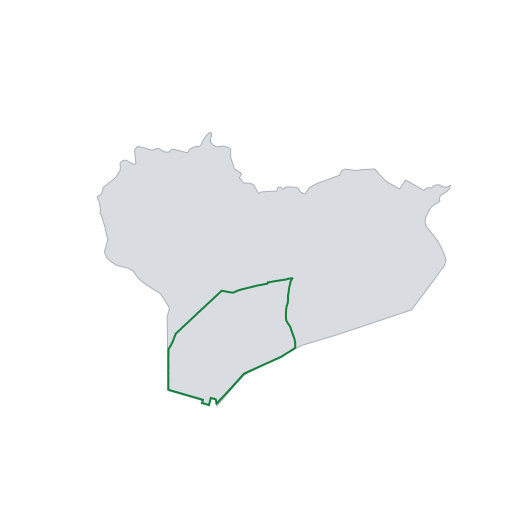 Al-Rutba, Al-Anbar, Iraq (highlighted), rotated 301°
{"feature_id": "34846034B71122492404189", "entity_name": "Al-Rutba", "entity_type": "district", "adm_level": 2, "iso_a3": "IRQ", "parent_name": "Iraq", "parent_adm1": "Al-Anbar", "projection": "natural_earth1", "projection_center": [41.592, 32.564], "detail": "fine", "context": "in_parent", "style": "outline", "palette": "green", "viewbox_px": 512, "rotation_deg": 301, "n_neighbors": 0, "source": "geoboundaries", "source_scale": "gbopen_adm2", "svg_char_len": 6948}
<svg xmlns="http://www.w3.org/2000/svg" viewBox="0 0 512 512"><g transform="rotate(301 256 256)"><path d="M212.0,100.1L215.1,99.3L220.9,94.5L224.2,90.0L225.3,89.6L228.3,91.1L230.5,91.5L235.5,89.8L238.5,90.7L241.0,91.8L242.4,91.9L249.1,94.7L250.8,95.1L254.3,95.4L259.4,95.5L262.8,93.7L265.1,91.9L266.7,92.0L268.3,92.4L269.7,93.2L270.8,94.5L271.4,96.4L271.2,102.4L271.7,104.0L272.7,105.1L273.8,105.3L275.2,104.0L277.7,102.1L280.7,100.1L282.9,98.1L284.2,97.4L286.2,97.5L288.2,97.9L289.3,98.8L289.3,99.1L290.4,101.9L293.2,112.5L294.7,113.8L296.4,115.0L297.7,116.5L298.1,118.1L298.0,120.6L298.1,123.4L298.8,125.6L299.9,127.2L300.8,128.1L302.2,128.2L303.8,128.6L305.0,130.2L308.6,142.3L309.0,143.8L310.5,144.3L312.9,144.1L315.5,145.4L318.2,147.3L320.8,151.0L322.5,151.6L327.8,151.0L335.1,151.6L338.6,153.5L338.2,154.7L335.6,156.0L331.0,157.5L329.7,160.1L328.9,163.5L329.1,165.4L330.3,167.4L333.6,171.6L333.8,173.1L334.4,175.2L335.1,176.6L334.4,179.3L331.5,181.2L327.6,183.3L319.8,192.5L319.3,194.5L319.4,200.0L318.6,201.5L316.1,201.5L314.2,201.2L314.1,203.1L312.9,205.6L312.2,207.9L315.2,213.1L315.7,215.9L315.3,218.4L312.6,222.7L311.1,225.7L311.5,226.3L313.6,227.5L320.2,237.0L322.3,240.4L325.1,239.5L326.1,239.6L326.9,240.1L327.5,241.2L327.5,242.7L326.8,244.8L330.3,245.7L331.6,247.9L335.8,255.3L335.7,257.6L333.8,261.1L333.8,263.4L334.2,265.5L334.9,266.2L340.9,266.5L343.5,267.4L349.9,271.2L357.1,277.1L363.0,281.8L368.1,285.9L373.4,285.6L374.9,286.4L376.3,287.6L377.9,291.0L381.1,298.6L383.7,301.1L387.8,307.2L391.7,312.9L389.3,320.6L387.0,328.7L387.2,339.1L387.3,344.6L392.4,344.9L398.2,345.1L398.3,351.8L398.5,358.5L398.7,366.2L400.3,366.5L403.1,368.1L404.2,370.6L405.7,371.9L407.4,372.2L409.2,373.4L410.9,375.6L411.6,377.3L411.1,378.4L411.5,380.4L412.8,383.3L414.2,384.7L416.5,386.3L413.5,387.3L410.2,386.6L403.1,383.2L400.8,383.1L397.9,384.4L397.8,385.5L390.3,381.8L387.6,381.0L386.7,380.9L382.4,381.0L376.4,381.6L372.9,383.2L370.4,384.8L369.3,386.4L368.9,387.2L367.1,391.9L364.9,397.9L362.7,403.4L358.3,411.0L355.8,414.5L350.5,421.1L344.8,422.4L331.3,421.1L316.4,419.7L301.6,418.2L290.5,417.2L289.7,416.8L278.7,407.5L270.1,400.1L259.3,390.9L248.2,381.5L237.1,371.9L229.0,365.0L219.2,356.0L210.2,347.9L203.2,341.5L194.2,335.9L187.1,331.5L176.9,325.1L168.7,320.0L161.7,315.6L150.9,308.9L147.3,307.1L136.1,304.8L125.5,302.9L114.6,301.0L107.3,299.6L112.1,294.9L110.7,290.6L107.2,291.4L103.9,292.4L102.0,285.7L104.5,284.9L102.3,276.1L100.0,267.2L97.8,258.5L95.5,249.6L104.8,244.0L111.7,239.7L121.4,233.8L130.7,228.0L139.6,222.6L149.3,216.6L158.0,211.2L166.0,209.0L167.7,207.3L171.3,200.0L174.5,193.7L174.6,192.2L174.6,183.4L175.2,172.9L176.2,167.3L178.0,162.4L179.7,158.8L179.8,155.5L179.6,152.0L177.9,146.9L176.2,141.5L176.4,136.3L176.7,133.5L177.8,129.1L179.7,125.9L181.7,123.9L189.2,121.8L193.7,120.6L199.6,114.8L203.2,111.4L208.1,106.0L211.7,102.1L212.0,100.7L212.0,100.1Z" fill="#d9dde1" stroke="#a8b0b8" stroke-width="1"/><path d="M239.6,279.7L238.8,279.9L238.1,280.0L237.5,279.3L237.0,278.7L236.4,278.0L235.5,277.0L234.7,276.2L234.0,275.4L233.3,274.6L232.8,274.1L232.3,273.5L232.0,273.1L231.3,272.3L230.7,271.7L230.0,271.1L229.2,270.2L228.7,269.7L228.1,269.1L227.4,268.4L226.7,267.7L226.2,267.2L225.5,266.6L224.9,265.9L224.5,265.4L224.3,265.2L223.6,264.6L222.7,263.7L221.7,262.7L221.0,261.9L220.0,260.9L219.5,260.4L219.3,260.3L218.5,259.5L217.8,258.9L216.9,258.1L215.9,257.5L214.9,256.8L214.1,256.3L213.6,256.0L213.2,255.7L212.8,255.0L212.3,254.2L212.0,253.5L211.6,252.7L211.4,252.1L211.1,251.3L210.8,250.5L210.5,249.6L210.1,248.7L209.8,247.7L209.4,246.8L209.1,245.8L208.6,244.7L208.5,244.4L207.6,244.3L206.4,243.9L205.0,243.5L203.5,243.1L202.6,242.8L201.7,242.5L200.0,242.1L198.5,241.6L196.9,241.2L195.2,240.7L193.9,240.3L192.5,239.9L191.2,239.5L189.9,239.1L188.8,238.8L187.7,238.5L186.4,238.2L185.3,237.8L184.0,237.5L182.8,237.0L181.8,236.8L180.4,236.4L179.2,236.1L177.9,235.6L176.4,235.2L175.5,235.0L174.5,234.8L173.6,234.5L172.2,234.1L171.1,233.8L170.2,233.5L169.4,233.3L168.4,233.0L167.2,232.7L165.9,232.3L164.3,231.9L162.9,231.5L161.4,231.0L159.9,230.6L158.5,230.2L157.2,229.8L156.2,229.5L155.0,229.3L154.1,229.0L153.1,228.7L152.0,228.4L151.0,228.1L149.5,227.6L148.6,227.4L148.1,227.2L147.1,227.4L146.0,227.6L145.9,227.6L144.7,227.8L143.9,227.9L142.9,228.1L141.3,228.5L140.0,228.6L138.5,228.9L137.5,228.9L136.2,229.0L135.2,229.0L134.2,229.0L132.8,229.0L131.3,229.0L131.1,229.0L130.6,229.2L127.9,230.9L126.1,231.9L123.6,233.3L122.6,233.9L121.0,234.9L120.2,235.3L119.6,235.7L118.4,236.5L116.7,237.5L114.7,238.7L113.3,239.4L111.9,240.3L110.8,241.0L109.6,241.7L108.2,242.5L105.8,244.0L103.7,245.3L101.9,246.3L101.2,246.8L100.4,247.2L98.2,248.6L96.7,249.4L96.2,249.9L96.6,251.3L97.8,256.0L98.5,258.4L99.8,263.4L100.1,264.5L100.7,266.7L101.8,271.0L102.6,273.8L102.7,274.4L102.8,274.7L102.8,274.8L103.4,276.8L105.4,284.5L104.5,284.8L103.9,285.0L102.8,285.3L102.1,285.4L102.5,286.8L103.0,288.4L103.3,289.8L103.7,291.3L103.9,292.1L104.0,292.5L106.7,291.7L107.9,291.3L109.4,290.9L110.6,290.5L111.1,290.4L112.4,295.3L111.4,296.3L110.6,297.1L109.8,297.7L109.2,298.2L109.7,298.5L111.7,298.8L114.7,299.4L117.8,300.1L119.6,300.5L124.1,301.5L127.9,302.2L128.2,302.3L130.0,302.7L130.6,302.8L133.2,303.3L137.8,304.2L140.2,304.7L140.4,304.7L145.1,305.6L147.8,306.1L149.0,306.3L150.6,307.5L152.7,308.8L154.5,310.1L157.2,312.0L159.8,313.8L163.2,316.1L165.6,317.8L168.4,319.7L171.2,321.7L174.5,324.0L176.8,325.5L179.5,327.5L181.3,328.7L182.5,329.6L183.8,330.2L187.7,332.1L190.0,333.3L191.8,334.2L193.7,335.1L196.1,336.3L197.4,336.9L198.2,336.5L199.2,335.9L200.6,335.0L201.4,334.6L202.2,333.9L203.4,332.8L204.1,332.3L204.7,331.8L205.1,331.2L206.4,329.7L207.1,328.8L208.2,327.4L209.0,326.5L209.7,325.6L210.0,325.2L210.8,324.2L211.3,323.7L211.8,323.2L212.3,322.6L212.5,322.4L212.9,321.7L213.4,320.9L213.6,320.5L214.1,319.4L214.4,318.6L215.0,317.5L215.4,316.8L215.8,316.0L216.0,315.7L216.4,315.3L216.6,314.9L217.0,314.6L217.6,314.1L218.7,313.4L220.0,312.5L221.0,311.9L221.7,311.6L222.3,311.2L223.1,310.8L223.8,310.4L224.5,310.0L225.4,309.5L226.1,309.2L227.6,308.6L228.2,308.4L228.9,308.1L229.7,307.9L229.8,307.9L230.8,307.6L231.5,307.5L232.5,307.2L233.0,307.0L233.7,306.7L234.4,306.4L235.0,306.1L235.8,305.5L236.7,304.9L237.4,304.4L238.1,304.1L238.7,303.7L239.1,303.7L239.5,303.5L240.4,303.2L241.0,302.9L241.5,302.7L242.4,302.3L243.5,301.8L244.5,301.4L245.7,300.9L246.5,300.6L247.4,300.3L248.0,300.1L249.1,299.7L250.1,299.4L250.7,299.1L251.4,298.9L252.0,298.9L252.7,298.7L253.4,298.7L254.3,298.6L255.1,298.6L255.5,298.6L255.5,298.2L254.6,297.3L253.5,295.9L253.0,295.3L252.6,295.0L252.4,294.7L252.0,294.4L251.6,294.1L251.0,293.5L250.4,292.6L250.1,292.3L249.8,292.0L248.4,290.2L247.9,289.6L247.4,289.0L246.7,288.3L246.2,287.7L245.9,287.3L245.7,287.0L245.4,286.7L245.1,286.2L244.4,285.4L244.0,285.0L242.8,283.6L242.2,282.9L241.8,282.5L241.3,281.9L240.7,281.3L240.3,280.8L239.9,280.2L239.8,279.9L239.6,279.7Z" fill="none" stroke="#15803d" stroke-width="2"/></g></svg>